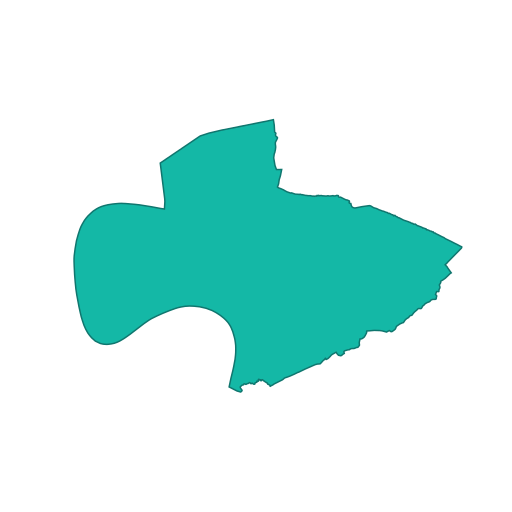 the district of Phra Pradaeng, Samut Prakan, Thailand, rotated 241°
{"feature_id": "78962969B48513607541542", "entity_name": "Phra Pradaeng", "entity_type": "district", "adm_level": 2, "iso_a3": "THA", "parent_name": "Thailand", "parent_adm1": "Samut Prakan", "projection": "mercator", "projection_center": [100.538, 13.653], "detail": "fine", "context": "isolated", "style": "filled", "palette": "teal", "viewbox_px": 512, "rotation_deg": 241, "n_neighbors": 0, "source": "geoboundaries", "source_scale": "gbopen_adm2", "svg_char_len": 6107}
<svg xmlns="http://www.w3.org/2000/svg" viewBox="0 0 512 512"><g transform="rotate(241 256 256)"><path d="M372.6,151.3L373.6,147.7L374.2,144.8L374.5,141.8L374.5,139.3L374.2,135.4L373.6,132.7L372.5,128.5L371.5,125.9L370.3,123.2L368.1,119.5L366.5,117.1L364.8,115.0L361.0,110.9L356.4,106.4L350.3,101.5L344.6,97.3L342.1,95.7L339.6,94.3L335.7,92.3L327.8,88.4L321.2,85.4L314.5,82.5L308.9,80.4L297.5,76.6L291.8,74.9L287.6,73.7L283.3,72.8L279.0,72.0L274.6,71.6L270.1,71.6L267.1,72.0L264.1,72.6L259.5,74.2L254.9,77.5L253.2,79.4L252.4,80.5L251.0,82.7L250.4,84.0L249.3,86.8L248.4,89.7L247.9,92.7L247.7,95.6L247.8,99.7L248.0,102.4L248.6,107.9L251.2,125.3L251.8,131.3L251.9,134.3L251.6,140.5L251.1,146.5L250.2,153.9L249.3,159.6L248.7,162.5L247.9,165.3L246.4,169.6L244.5,173.6L242.2,177.4L238.9,182.1L234.4,187.1L229.6,191.2L225.9,193.6L223.5,194.9L221.2,196.1L217.6,197.6L214.8,198.5L211.9,199.2L210.4,199.4L207.6,199.6L205.0,199.5L201.0,199.0L195.8,197.8L193.3,197.1L190.6,196.1L187.7,194.9L185.0,193.5L181.5,191.5L179.2,190.0L175.8,187.6L170.1,182.9L166.8,180.0L161.3,174.9L154.5,169.0L147.2,173.9L144.5,176.6L144.5,177.2L144.8,178.2L145.1,178.6L145.6,178.7L147.9,178.4L148.7,178.5L149.2,178.8L149.8,181.1L149.4,182.7L149.6,183.0L149.9,183.3L149.8,183.8L149.7,184.1L148.8,184.7L148.6,185.0L148.6,186.4L148.3,187.3L148.4,188.7L148.4,189.0L148.1,189.3L147.0,189.5L146.8,189.7L146.6,190.1L146.7,190.7L146.5,191.1L146.2,191.3L145.7,191.4L145.2,191.7L144.8,192.1L144.6,192.6L144.6,192.9L145.5,193.8L145.2,195.5L146.0,195.9L146.1,196.1L145.5,197.0L145.4,197.5L145.6,197.7L146.4,197.8L146.6,198.0L146.9,198.4L146.7,198.8L146.5,199.0L145.7,199.2L145.6,199.5L145.6,199.9L145.5,200.1L145.1,200.1L144.7,199.8L144.4,199.9L144.4,200.2L144.8,201.2L144.7,201.6L144.5,201.8L143.3,202.0L142.6,202.6L141.3,203.1L140.8,203.5L140.2,203.7L139.3,204.3L138.3,204.1L137.5,204.7L136.3,205.5L135.8,205.5L135.4,205.2L135.1,205.4L135.2,206.2L135.1,208.2L135.3,210.0L134.9,219.1L135.1,220.3L135.4,221.5L135.4,222.3L135.0,224.3L134.5,227.6L134.1,232.1L133.9,236.2L133.7,236.8L133.3,244.3L132.3,255.0L131.8,257.1L130.9,259.1L130.6,260.0L132.2,264.7L132.1,265.8L132.8,266.7L132.9,267.0L131.5,267.3L131.4,268.8L131.5,269.7L132.2,272.2L132.9,274.1L133.0,276.1L133.0,279.4L131.2,279.5L129.2,280.0L127.7,281.7L127.5,282.7L127.9,284.0L128.0,286.0L129.7,286.4L130.1,287.4L129.4,290.8L129.2,291.3L128.8,292.0L128.8,292.9L129.0,293.4L129.0,293.7L128.5,295.1L127.6,296.8L127.4,297.8L127.3,299.3L126.9,300.3L126.8,301.1L127.7,303.1L128.1,303.4L129.8,304.1L130.6,304.6L131.9,305.8L133.0,306.6L132.5,307.7L132.3,308.5L132.4,310.1L132.7,311.5L133.6,313.1L135.0,315.2L135.6,315.8L136.6,316.3L136.7,316.6L135.5,319.1L133.6,323.4L130.8,328.1L129.4,330.0L126.2,333.3L126.2,336.4L126.0,336.6L124.9,337.0L124.4,337.4L124.0,338.1L124.0,338.9L124.3,341.5L124.5,342.2L124.8,342.8L126.3,344.6L126.4,345.0L126.8,348.6L126.6,351.4L126.3,352.6L126.7,353.5L127.5,355.0L127.8,355.7L128.2,357.6L128.2,359.6L129.0,361.4L129.0,362.1L128.6,363.6L129.8,366.3L130.1,367.2L130.4,368.4L130.7,370.2L131.3,372.1L131.2,372.9L130.2,374.4L130.0,375.1L130.4,376.0L131.4,377.5L131.6,379.0L132.2,380.7L132.3,382.9L131.9,385.7L132.1,386.4L132.6,387.7L132.6,388.3L132.3,389.6L131.2,391.7L131.1,392.2L131.1,392.7L131.5,393.1L132.2,393.5L132.8,394.2L133.4,394.6L134.0,394.8L135.2,394.3L135.4,394.4L137.3,396.7L137.3,396.9L136.3,398.4L136.3,398.7L137.9,399.8L138.9,401.3L139.3,401.6L140.2,402.0L141.8,402.3L143.1,404.6L143.4,404.8L144.1,405.1L144.3,405.4L144.4,405.7L144.5,408.4L144.8,410.9L146.5,417.2L146.6,418.6L152.4,417.9L153.8,417.9L156.6,417.2L157.3,419.7L157.7,420.7L163.3,439.5L164.0,440.3L164.3,440.4L165.8,439.3L168.6,437.5L170.7,436.0L174.3,433.6L179.1,430.2L180.0,429.7L181.0,429.3L182.4,428.2L186.6,425.4L188.2,424.2L189.1,423.9L189.8,423.0L190.1,422.8L190.8,422.8L191.2,422.7L191.4,422.4L191.5,422.0L191.8,421.7L192.1,421.6L192.4,421.6L192.6,421.4L193.5,420.3L194.2,420.0L194.8,419.4L195.6,418.9L195.9,418.5L196.2,417.9L196.4,417.8L197.0,417.9L197.3,417.9L198.5,416.7L199.3,416.1L199.7,415.4L200.4,415.2L201.0,414.7L201.8,414.2L202.2,413.7L203.5,412.7L204.3,411.8L204.9,411.6L205.7,411.2L206.7,410.8L206.9,410.5L207.1,409.6L207.3,409.3L208.6,408.9L208.9,408.2L209.2,407.9L210.5,407.3L211.0,406.7L212.0,406.0L215.8,402.5L220.0,399.7L220.7,398.8L221.6,398.6L222.4,397.9L223.0,397.5L224.2,397.2L224.3,397.0L224.4,396.1L224.5,395.8L225.6,395.7L226.5,394.7L228.6,393.4L228.8,393.2L229.1,392.4L230.0,392.1L230.3,391.9L230.7,391.6L231.2,390.9L233.3,389.3L233.9,388.5L235.6,387.1L236.7,386.1L239.0,384.5L241.2,382.3L244.2,380.6L245.1,379.6L247.8,372.6L249.7,366.7L250.0,365.8L250.4,365.3L251.5,364.2L252.2,363.9L252.7,363.8L253.9,363.8L255.6,364.3L256.0,364.4L256.8,363.4L257.3,363.3L257.5,363.3L258.6,364.3L258.9,364.3L260.7,363.0L261.2,362.3L262.2,361.4L263.5,360.5L266.5,358.5L267.0,357.4L267.3,357.1L267.9,356.9L268.8,357.3L269.1,357.1L269.9,355.9L270.0,354.9L270.8,353.1L271.5,352.6L271.8,351.6L272.6,349.8L273.1,348.9L273.8,348.2L274.2,346.9L274.9,345.6L275.7,344.5L276.4,343.3L277.2,342.5L277.4,341.9L277.9,341.2L278.0,340.4L278.7,340.1L278.7,339.4L279.3,338.9L279.4,338.6L279.0,338.1L279.0,337.9L279.7,336.9L279.8,336.1L280.4,335.7L280.6,334.7L281.2,334.3L281.8,333.4L282.3,333.0L283.5,330.8L284.3,329.8L285.0,328.7L287.4,326.0L287.5,325.6L288.6,324.6L288.8,324.2L288.8,323.6L289.4,323.0L291.1,320.3L294.0,317.7L294.1,317.0L297.1,314.2L299.3,312.8L300.4,312.2L302.8,310.4L304.6,308.8L305.3,308.4L305.9,308.2L308.1,310.7L311.5,313.3L313.4,315.3L314.5,316.4L319.2,320.4L321.7,315.8L326.0,316.5L332.5,318.8L333.3,319.1L336.4,321.4L337.4,322.6L339.7,324.6L341.5,325.9L342.7,326.5L344.3,327.1L345.8,327.9L346.4,328.6L347.5,330.3L348.7,331.9L349.0,332.1L349.5,332.2L350.6,331.6L351.4,331.5L352.3,331.7L352.7,331.9L353.3,332.6L353.8,332.9L354.3,332.8L354.9,332.5L355.4,332.4L361.6,335.4L366.8,337.3L368.9,330.2L370.1,326.6L382.7,287.2L386.3,274.4L388.0,265.6L388.0,264.8L383.7,217.3L350.3,203.9L347.8,202.7L341.5,198.7L343.9,195.5L349.7,188.5L357.2,178.9L359.9,175.1L365.0,167.5L367.4,163.6L368.7,161.0L371.0,155.7L372.6,151.3Z" fill="#14b8a6" stroke="#0f766e" stroke-width="1.5"/></g></svg>